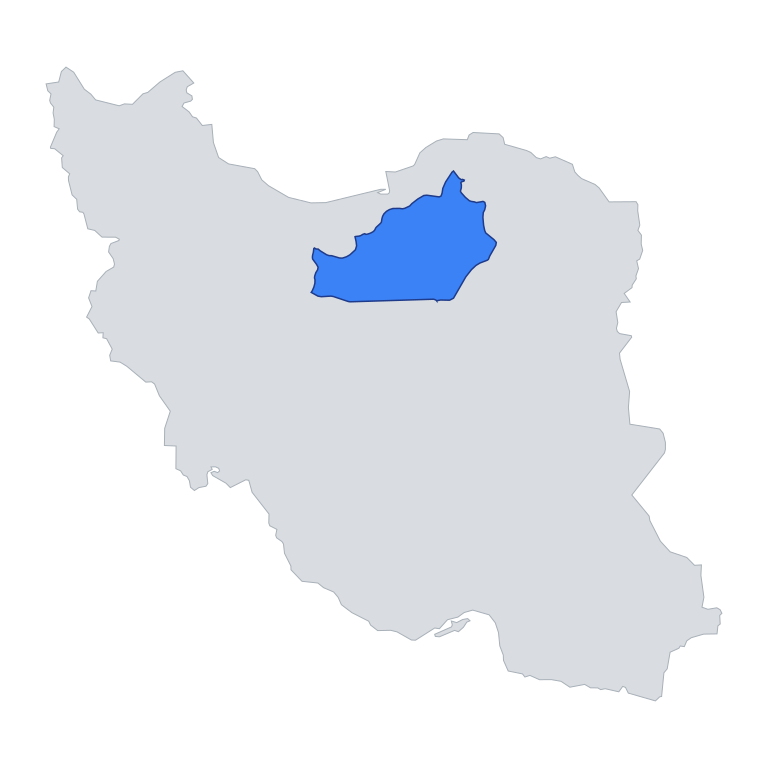 Iran, with Semnan highlighted
{"feature_id": "IRN-3215", "entity_name": "Semnan", "entity_type": "Province", "adm_level": 1, "iso_a3": "IRN", "parent_name": "Iran", "parent_adm1": "", "projection": "natural_earth1", "projection_center": [54.411, 35.84], "detail": "fine", "context": "in_parent", "style": "filled", "palette": "blue", "viewbox_px": 768, "rotation_deg": 0, "n_neighbors": 0, "source": "natural_earth", "source_scale": "10m", "svg_char_len": 5243}
<svg xmlns="http://www.w3.org/2000/svg" viewBox="0 0 768 768"><path d="M385.8,171.5L395.4,172.0L413.0,166.0L414.6,164.6L419.9,152.8L426.0,147.4L436.5,141.0L443.3,138.9L467.3,139.7L469.1,135.0L473.1,132.5L499.1,133.9L503.1,137.6L504.7,144.3L526.5,150.5L530.9,152.5L536.3,157.6L540.6,158.9L546.2,156.6L549.7,158.2L555.4,156.8L572.4,164.3L574.8,171.9L577.9,175.4L581.6,178.6L595.1,184.5L599.1,187.9L609.1,201.9L636.1,201.7L637.9,204.7L637.7,210.7L639.8,225.1L637.9,230.4L641.4,235.1L641.2,244.1L642.7,250.4L639.7,259.1L636.7,260.8L638.5,268.6L635.9,276.0L636.3,278.8L632.2,285.1L632.0,287.6L624.2,293.4L630.1,302.0L621.5,302.5L616.1,311.7L617.8,322.6L616.4,328.3L617.3,331.4L619.6,333.6L631.3,335.7L631.7,337.2L619.5,353.1L620.1,359.3L629.6,391.5L628.4,407.6L629.9,424.2L659.7,429.0L663.1,433.2L665.4,442.4L665.4,449.3L664.5,452.9L631.8,495.0L649.1,516.0L649.9,520.7L660.4,541.2L670.1,551.8L686.8,557.5L694.5,565.3L701.4,564.9L700.9,575.4L703.9,597.2L702.0,607.2L707.9,609.3L716.8,607.8L720.1,609.7L721.9,613.3L719.7,615.4L720.2,624.0L717.9,625.8L717.0,633.9L703.7,634.1L691.3,637.7L686.8,640.8L684.3,646.6L680.2,646.0L678.9,648.2L670.1,652.2L667.2,668.8L663.9,672.8L661.6,696.5L659.7,696.8L655.4,700.9L628.3,693.1L625.5,687.4L622.7,686.4L618.8,691.8L605.2,688.7L600.6,689.6L597.8,687.9L590.5,687.8L584.7,684.4L569.9,687.2L561.0,681.3L551.3,679.6L539.5,679.7L529.9,675.4L524.9,677.0L522.5,673.9L508.2,671.0L503.5,660.4L503.3,655.1L499.8,645.9L498.5,632.6L495.3,622.8L489.1,614.8L472.7,610.1L464.2,612.5L457.9,617.1L447.5,619.7L439.4,628.7L434.7,628.0L415.5,640.2L411.4,640.0L397.1,631.9L390.7,630.3L377.7,630.6L370.6,625.1L368.7,621.2L351.8,612.6L341.4,604.7L338.2,597.4L333.7,592.0L323.6,587.7L317.8,583.0L302.0,581.3L291.0,569.8L290.9,566.0L284.5,553.3L283.5,544.0L282.0,541.6L276.6,537.8L275.7,535.3L276.9,529.4L269.8,525.8L268.8,523.0L269.0,514.0L252.1,492.3L248.8,480.3L245.7,479.8L230.3,487.6L226.0,483.2L212.7,475.6L210.9,472.7L214.2,471.3L217.6,472.6L219.6,471.0L218.8,468.4L215.5,466.8L211.0,466.9L212.2,469.4L207.9,471.7L206.9,474.7L207.8,483.6L206.0,486.2L198.9,487.6L194.4,490.5L190.5,487.2L189.4,480.7L187.0,476.5L183.3,475.0L180.6,470.8L175.9,468.7L176.1,446.0L164.4,445.5L164.7,428.3L170.3,411.2L159.4,395.8L154.6,384.0L151.6,381.8L145.8,382.1L126.7,366.2L120.0,362.1L110.7,360.9L109.7,355.3L112.2,349.1L107.9,341.1L106.6,338.7L102.9,337.8L103.2,332.7L98.2,333.0L89.3,319.0L86.6,317.1L92.0,306.5L88.6,297.9L91.0,290.7L95.8,291.0L97.4,281.3L106.2,271.4L113.7,267.1L114.5,264.1L113.2,258.7L108.6,252.0L109.4,246.3L111.0,243.5L118.9,240.5L119.3,239.2L115.6,237.2L102.0,237.1L94.7,230.4L87.8,228.8L84.0,214.1L82.9,212.3L79.6,211.8L77.6,209.1L76.7,199.3L72.1,194.9L68.5,180.5L68.4,176.9L69.7,173.8L62.3,167.5L61.6,157.9L63.2,155.7L54.6,148.7L50.7,148.4L50.4,147.2L56.7,132.2L59.2,128.8L54.1,126.6L54.3,119.2L53.1,113.0L53.8,107.2L50.5,103.0L49.7,100.4L51.0,93.9L47.8,90.8L46.1,83.9L58.7,82.0L61.4,71.5L66.0,67.1L73.7,72.2L84.3,89.2L90.9,94.2L95.6,99.9L119.2,105.8L124.4,103.9L132.5,104.3L143.0,93.8L147.8,92.4L160.0,81.9L175.2,72.3L182.9,70.8L193.8,83.0L187.3,86.7L186.2,89.8L186.8,92.8L191.9,95.9L192.4,99.4L190.7,101.1L184.0,103.0L182.1,106.5L189.2,112.0L192.5,116.8L196.4,118.0L202.3,125.5L211.8,124.4L213.4,142.5L218.6,157.5L228.5,163.9L254.7,168.7L257.6,171.6L261.8,179.9L268.5,185.7L288.6,197.4L310.9,202.9L325.8,202.6L380.7,189.3L385.8,189.3L377.6,192.6L380.7,194.1L387.7,194.1L389.3,192.8L389.6,190.5L385.8,171.5ZM466.8,622.1L463.4,627.3L458.4,631.7L454.6,630.4L439.4,636.8L435.3,636.4L434.7,634.3L451.5,626.9L452.3,624.9L451.3,621.0L456.7,622.6L462.7,619.5L467.7,618.6L470.0,620.8L466.8,622.1Z" fill="#d9dde1" stroke="#a8b0b8" stroke-width="1"/><path d="M365.9,234.4L367.6,234.1L370.3,233.2L372.8,231.9L374.3,230.6L375.1,229.4L375.5,228.3L376.4,227.1L379.9,223.9L381.3,222.4L381.9,218.9L382.6,216.3L383.9,213.9L386.5,211.3L389.4,209.6L392.9,208.5L399.7,208.4L402.4,208.8L404.8,208.3L409.7,206.0L411.9,203.6L417.8,199.0L423.8,195.5L426.8,195.2L439.2,196.9L441.0,196.1L442.1,193.1L442.8,188.4L445.6,182.0L452.0,172.2L453.5,171.0L458.7,177.9L461.2,179.7L462.6,179.4L464.3,180.1L463.9,181.1L461.9,181.7L461.0,182.4L460.8,183.0L461.0,183.4L461.2,183.9L461.4,185.0L461.3,187.9L460.6,190.5L460.5,191.4L461.2,192.7L465.3,197.3L469.3,200.7L471.2,201.4L474.5,201.9L476.3,202.6L481.6,201.7L482.2,201.5L483.3,201.5L484.8,202.4L485.6,205.8L484.7,209.8L483.3,212.5L482.9,217.2L483.6,225.3L484.7,230.5L485.7,232.9L494.0,239.7L496.3,242.4L495.8,245.4L489.8,255.9L488.4,259.4L487.3,260.2L480.0,263.0L476.0,265.4L471.5,269.6L465.9,276.7L453.5,298.2L449.6,300.2L440.6,300.0L437.4,300.6L436.8,300.9L436.8,301.0L436.5,300.6L435.6,299.9L433.7,299.2L350.0,301.8L348.2,301.5L333.3,296.5L330.9,296.1L321.3,296.7L317.9,296.1L311.2,292.4L312.3,290.7L313.9,287.0L314.9,283.2L315.0,279.7L314.5,278.0L314.7,276.1L315.8,272.7L317.6,269.8L318.1,267.2L316.5,264.3L312.6,259.0L312.4,257.1L312.6,255.2L313.3,252.6L313.8,248.6L314.4,248.0L315.0,248.3L315.4,248.7L316.2,249.0L318.2,249.1L320.2,250.8L326.5,254.7L329.0,255.6L331.7,255.7L339.6,258.0L342.4,258.1L346.4,256.8L349.8,254.9L355.4,249.8L356.6,245.9L356.1,241.6L355.0,236.7L355.5,236.5L359.1,236.1L360.7,235.6L362.9,234.3L364.8,233.7L365.9,234.4Z" fill="#3b82f6" stroke="#1e3a8a" stroke-width="1.5"/></svg>